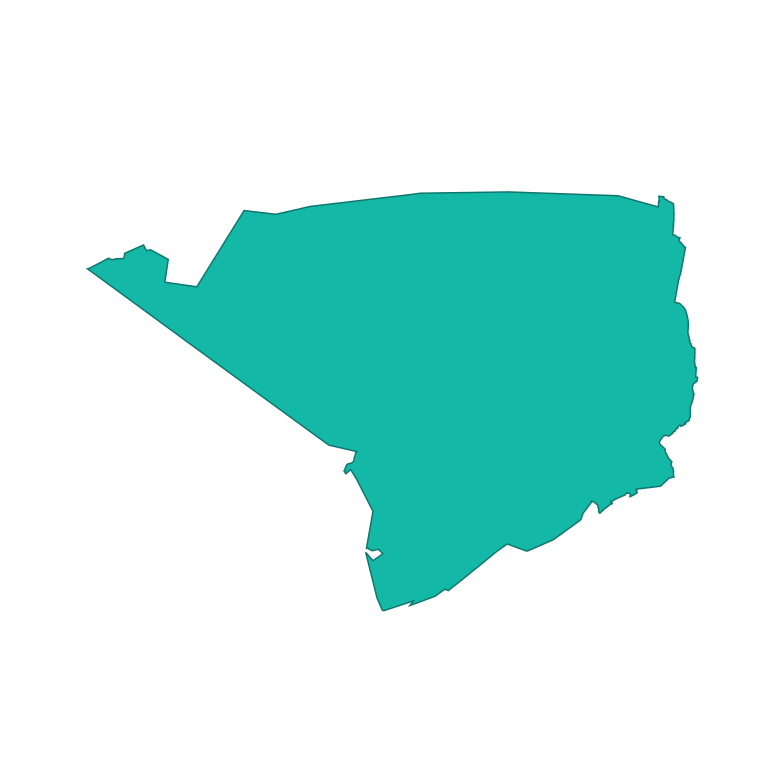 San Juan de Guadalupe, Durango, Mexico (Robinson projection), rotated 278°
{"feature_id": "50627088B55888965347329", "entity_name": "San Juan de Guadalupe", "entity_type": "district", "adm_level": 2, "iso_a3": "MEX", "parent_name": "Mexico", "parent_adm1": "Durango", "projection": "robinson", "projection_center": [-102.803, 24.72], "detail": "fine", "context": "isolated", "style": "filled", "palette": "teal", "viewbox_px": 768, "rotation_deg": 278, "n_neighbors": 0, "source": "geoboundaries", "source_scale": "gbopen_adm2", "svg_char_len": 5960}
<svg xmlns="http://www.w3.org/2000/svg" viewBox="0 0 768 768"><g transform="rotate(278 384 384)"><path d="M292.4,356.5L291.7,357.1L289.7,358.7L294.6,362.9L285.8,370.2L256.4,390.8L218.8,389.5L218.9,389.8L219.0,390.4L219.0,391.0L218.8,391.6L218.4,392.0L218.4,392.4L218.3,392.7L218.1,393.3L217.8,393.8L217.6,394.3L217.5,394.6L217.5,394.9L217.4,395.2L217.2,395.6L219.5,401.4L215.8,406.5L207.5,397.7L214.7,389.3L171.1,406.9L159.9,413.7L159.5,415.4L173.2,443.2L168.2,440.5L181.0,464.2L189.2,472.7L188.4,476.6L191.7,479.5L202.5,489.9L233.6,518.7L242.7,528.2L238.4,548.3L238.7,549.4L239.9,551.5L253.4,573.4L276.4,597.2L276.9,597.6L277.8,598.0L283.9,599.2L294.9,605.4L296.0,605.8L296.0,605.6L296.3,605.4L296.8,605.7L296.7,606.9L296.4,608.1L295.9,609.3L295.6,609.7L295.2,610.3L294.9,610.6L294.3,611.6L293.9,612.2L293.7,612.6L293.2,612.9L292.7,613.0L292.2,612.9L291.7,613.0L290.8,613.7L290.1,614.2L289.8,614.3L289.2,614.2L288.6,614.2L287.9,614.3L287.3,614.4L286.8,614.7L286.3,615.1L286.2,615.4L286.3,616.0L290.8,619.5L293.4,622.2L293.8,622.5L295.3,624.0L296.1,624.5L296.4,624.7L296.7,625.1L296.6,625.9L296.9,626.2L297.5,626.5L297.9,626.6L299.0,624.8L299.9,625.7L300.1,626.4L300.3,627.2L300.7,627.7L301.2,628.2L302.0,628.5L302.2,629.0L302.4,629.6L302.7,630.1L303.2,630.8L303.9,632.1L304.5,632.8L304.8,633.5L305.5,634.6L306.0,635.1L306.3,635.8L306.6,636.5L307.0,637.3L307.3,637.8L307.9,638.1L308.6,638.7L309.3,639.0L310.0,639.6L309.7,640.1L309.6,640.5L310.2,640.8L310.0,642.3L309.6,642.8L309.3,643.0L309.1,643.5L308.7,643.4L307.9,643.3L307.0,643.1L306.6,643.3L307.5,644.7L308.0,645.3L308.3,645.9L309.0,646.8L310.1,647.9L310.4,648.7L311.6,649.9L313.3,648.4L314.2,649.3L315.2,648.6L316.2,653.1L321.3,672.1L330.4,679.3L332.2,684.1L333.0,683.6L335.2,683.1L337.5,682.9L339.6,682.4L340.8,681.8L342.3,680.5L343.7,679.4L347.1,679.8L350.1,676.1L353.8,673.7L355.1,672.6L355.8,671.8L356.4,671.7L357.3,671.6L358.5,671.6L359.6,670.2L360.9,668.4L361.6,667.1L362.8,665.6L363.3,665.3L364.4,664.9L364.7,664.9L365.2,664.8L369.4,666.8L371.2,668.0L372.3,670.0L372.7,670.3L372.6,670.8L372.2,671.3L372.1,671.9L372.2,672.1L372.2,672.3L372.1,672.5L372.2,672.8L372.5,673.5L372.3,673.7L372.5,674.0L372.8,674.4L373.2,674.7L373.5,674.8L374.0,675.3L374.2,675.5L374.3,675.7L374.6,675.9L375.2,676.2L375.3,676.5L375.5,676.6L375.7,676.8L375.8,677.0L376.0,677.0L376.1,676.9L376.3,676.8L376.6,677.0L376.9,677.5L377.1,677.6L377.3,677.7L377.4,677.8L377.7,678.6L377.8,678.8L378.7,678.8L378.9,678.9L379.0,679.0L379.5,679.2L380.2,679.7L380.2,679.8L380.3,680.1L380.7,680.2L381.1,680.9L381.4,680.7L381.6,680.6L381.9,680.8L381.9,681.0L382.1,681.2L382.9,681.4L383.4,681.8L383.7,681.9L384.0,682.0L384.2,682.3L384.4,682.6L384.5,682.9L384.3,683.1L384.1,683.4L383.7,683.6L383.5,683.8L383.5,684.1L383.7,684.3L384.1,684.7L384.4,685.2L384.5,685.7L384.6,686.0L385.0,686.5L385.3,686.9L385.5,687.1L385.8,687.3L386.1,687.5L386.3,687.8L386.4,687.5L386.6,687.7L386.9,687.9L387.1,687.4L387.3,687.5L387.7,687.8L388.1,687.7L388.2,688.3L388.6,689.1L389.6,690.0L389.7,690.7L390.0,691.0L391.5,691.4L392.3,691.3L393.3,691.3L393.9,692.0L404.3,690.6L410.0,691.8L415.0,692.2L416.4,691.9L416.4,692.4L416.6,692.5L422.5,689.9L426.8,690.2L430.5,693.6L433.7,693.7L434.3,693.4L434.3,691.7L443.9,690.9L443.9,689.9L444.5,689.7L448.4,688.8L449.6,688.3L450.8,688.2L453.9,688.1L454.6,687.9L455.3,687.8L457.7,687.5L457.9,687.6L459.5,687.3L460.3,687.2L462.6,686.9L462.9,686.5L463.2,684.9L463.9,683.8L464.6,683.0L465.3,682.7L466.3,682.6L468.2,680.6L469.4,681.1L471.0,679.9L472.8,679.6L476.1,678.1L478.4,677.6L481.1,677.5L484.5,677.2L488.3,676.5L491.9,675.4L493.8,674.6L496.2,673.7L499.2,672.2L501.4,670.5L503.5,667.5L504.6,666.0L504.9,665.6L505.5,660.4L527.6,661.3L536.8,662.5L561.4,663.5L561.4,662.7L565.5,658.2L566.9,655.9L569.9,656.8L570.3,654.0L571.6,652.0L571.9,650.0L572.0,649.0L581.2,648.7L581.1,648.4L586.8,648.3L588.9,647.9L593.4,647.3L593.4,647.5L593.5,647.5L593.9,647.4L594.4,647.2L594.9,647.0L597.1,646.7L599.6,646.2L599.8,646.2L600.0,646.2L600.3,646.1L600.6,645.9L600.8,645.9L601.0,645.8L601.5,645.9L601.9,645.6L602.4,645.5L602.6,645.4L602.8,645.2L602.9,644.9L603.1,644.9L603.2,644.4L603.4,643.8L603.9,642.9L603.9,642.5L604.1,641.9L604.3,641.3L604.3,641.0L604.8,639.9L605.1,639.4L605.4,639.0L606.2,636.5L606.6,635.6L608.5,634.9L608.2,632.4L608.2,631.8L608.2,630.9L608.1,630.0L603.5,631.3L603.4,630.6L599.6,630.8L597.5,630.9L603.0,589.5L591.5,480.4L578.0,393.5L575.5,384.7L549.5,286.0L537.0,253.4L536.3,221.3L454.2,185.1L454.3,152.8L477.3,153.0L484.4,134.3L483.0,130.2L488.2,126.5L477.3,109.0L472.6,109.1L472.4,109.0L472.3,108.9L472.3,108.7L472.1,108.3L472.1,108.1L472.1,107.9L472.0,107.6L472.0,107.4L471.8,107.0L471.6,106.3L471.4,106.1L471.3,105.5L471.3,105.4L471.1,105.0L471.1,104.6L471.2,104.3L471.3,104.0L471.1,103.8L471.1,103.7L471.0,103.4L471.0,102.6L470.9,102.4L470.9,102.2L470.8,101.6L470.7,101.4L470.4,101.1L470.5,100.9L470.5,100.7L470.3,100.6L470.3,100.4L470.1,100.2L469.9,99.9L469.9,99.4L469.9,99.1L469.7,98.8L469.5,98.5L469.4,98.1L469.3,97.5L469.3,97.3L469.3,96.8L469.4,96.7L469.5,96.5L469.6,96.2L469.6,95.8L469.5,95.5L469.4,95.2L469.4,94.9L469.7,94.6L469.9,94.4L470.1,94.3L470.2,94.0L470.2,93.8L470.1,93.4L469.8,93.2L469.7,92.9L469.5,92.7L468.8,91.7L463.9,85.0L460.9,80.8L459.9,79.4L457.8,76.7L456.8,74.3L414.5,153.2L396.6,186.5L334.3,303.1L315.8,337.8L313.3,366.6L313.2,366.5L312.8,366.1L312.6,366.0L312.4,365.8L312.2,365.7L311.7,365.5L310.8,365.4L309.2,365.3L308.1,365.1L307.5,365.0L307.3,365.0L307.2,364.9L306.8,364.9L306.2,364.8L305.1,364.9L304.6,364.9L303.3,364.6L303.0,364.5L302.7,364.3L302.4,364.1L301.7,363.4L301.5,363.2L301.2,362.9L301.1,362.7L300.7,361.8L300.6,361.6L300.5,361.2L300.4,360.6L300.3,360.4L300.2,360.2L299.8,359.4L299.7,359.3L299.5,359.1L299.3,358.8L299.0,358.6L298.9,358.5L298.6,358.3L298.1,358.1L297.5,357.9L296.5,357.6L296.1,357.5L295.1,357.3L294.6,357.2L294.2,357.2L293.3,357.2L293.0,357.2L292.8,357.1L292.6,357.0L292.5,356.8L292.4,356.5Z" fill="#14b8a6" stroke="#0f766e" stroke-width="1.5"/></g></svg>